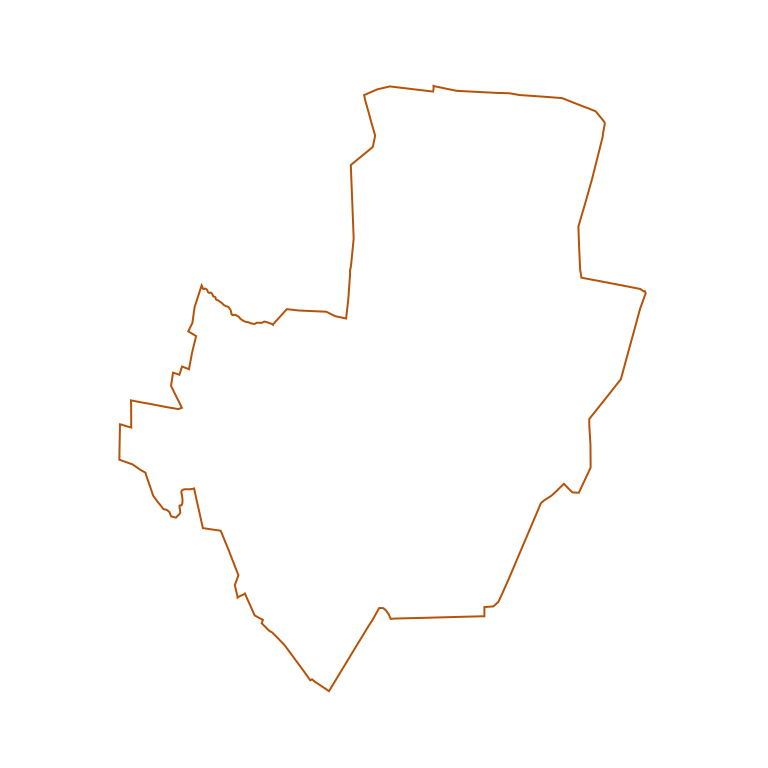 Preiļi, Preilu, Latvia, rotated 79°
{"feature_id": "27541924B35723190780065", "entity_name": "Preiļi", "entity_type": "district", "adm_level": 2, "iso_a3": "LVA", "parent_name": "Latvia", "parent_adm1": "Preilu", "projection": "natural_earth1", "projection_center": [26.72, 56.291], "detail": "fine", "context": "isolated", "style": "outline", "palette": "amber", "viewbox_px": 768, "rotation_deg": 79, "n_neighbors": 0, "source": "geoboundaries", "source_scale": "gbopen_adm2", "svg_char_len": 4146}
<svg xmlns="http://www.w3.org/2000/svg" viewBox="0 0 768 768"><g transform="rotate(79 384 384)"><path d="M342.6,110.3L342.7,111.3L339.6,114.3L334.5,126.9L317.3,169.9L308.8,169.6L284.0,165.9L278.2,165.0L277.0,164.8L266.7,163.2L243.8,151.4L221.8,140.3L182.5,121.9L180.9,121.6L171.2,117.8L170.7,117.7L170.4,117.6L170.2,117.6L169.6,117.6L169.1,117.7L168.8,117.7L168.3,117.9L168.0,118.1L159.7,122.6L157.8,123.6L157.0,124.1L156.7,124.3L156.5,124.5L156.4,124.6L156.3,124.8L156.2,124.9L156.1,125.1L151.7,131.9L149.8,135.2L148.1,137.7L147.9,138.1L147.6,138.6L146.5,140.3L143.9,144.4L140.2,150.2L139.5,151.2L139.2,151.7L137.7,154.2L137.5,154.4L137.4,154.5L133.1,170.0L126.2,195.8L122.7,204.9L122.1,207.3L119.7,218.0L111.2,252.3L110.1,256.7L101.4,277.5L100.8,278.5L104.1,279.1L106.3,280.1L93.0,321.5L93.5,334.5L96.6,348.4L102.0,348.3L102.4,348.3L109.2,347.7L115.0,347.2L122.9,346.7L138.3,345.3L140.1,346.0L142.0,346.7L149.2,349.8L162.7,374.8L235.4,386.0L253.5,391.4L261.3,393.7L265.1,395.2L265.5,395.6L266.1,395.7L269.2,396.2L275.1,397.8L280.3,399.2L286.6,400.9L288.6,401.4L294.0,402.9L295.4,403.3L297.3,403.9L305.5,406.5L312.5,408.7L312.4,409.0L308.2,418.7L308.1,418.9L302.0,427.0L295.6,453.6L292.0,465.1L303.9,481.0L304.0,481.2L304.7,481.6L304.3,482.0L303.3,483.1L302.3,485.1L301.5,486.2L300.6,487.8L300.1,489.1L299.9,489.7L300.4,491.1L300.6,492.3L300.3,493.7L299.8,496.1L299.6,497.4L300.1,498.7L300.3,499.3L300.3,499.8L300.1,500.5L298.7,503.7L297.9,504.7L297.2,506.1L296.7,507.7L295.4,509.7L293.9,511.3L292.8,512.4L291.6,513.0L289.8,514.3L288.3,515.9L287.7,517.1L287.6,518.2L287.5,518.6L287.5,519.3L287.2,519.8L286.7,520.1L286.5,520.4L285.5,520.2L284.8,520.4L283.1,520.3L281.4,520.7L281.3,520.8L280.0,521.4L278.9,521.9L278.2,522.6L277.6,524.1L276.2,525.8L275.7,526.4L273.9,527.4L272.6,528.7L272.0,529.2L271.1,530.1L270.0,531.1L269.4,532.3L268.8,532.9L266.8,532.9L266.1,533.5L265.8,534.3L265.4,534.9L262.5,535.5L261.3,536.4L261.1,537.2L261.3,538.1L260.7,538.7L260.1,539.3L258.9,539.5L257.9,539.7L256.8,540.5L256.2,541.3L256.1,542.0L256.4,542.8L256.2,543.3L255.7,543.7L255.1,543.8L253.7,543.8L252.4,544.2L272.5,555.3L287.4,560.4L295.0,566.1L301.1,559.3L317.0,566.6L332.3,572.6L328.3,578.9L335.9,583.1L332.6,588.9L345.2,593.4L357.0,590.2L368.8,586.9L369.4,590.6L364.9,602.6L362.5,608.5L360.2,614.2L358.0,619.8L355.2,627.1L352.8,633.0L351.8,635.5L357.3,636.4L377.3,640.2L378.5,640.4L376.8,643.8L373.6,649.8L373.2,650.9L375.3,651.3L401.4,656.9L403.9,657.4L407.9,658.2L414.9,646.2L421.7,639.6L425.1,635.6L425.7,635.0L427.3,635.0L438.6,633.4L449.6,631.9L455.7,629.1L456.1,628.9L460.6,626.4L464.7,624.4L465.5,622.7L466.0,621.4L467.3,620.2L468.9,619.0L472.3,618.4L473.3,618.2L473.6,617.7L474.0,616.9L475.5,613.7L474.8,612.8L473.0,610.1L471.9,608.9L471.6,608.6L470.8,608.4L466.2,608.2L464.5,608.0L464.2,607.5L464.2,606.9L464.5,606.3L464.2,605.7L462.8,604.8L460.3,604.1L458.0,603.7L454.5,603.6L451.4,603.6L450.5,603.2L449.7,602.3L449.3,600.7L449.4,598.9L449.5,598.5L450.1,595.7L450.3,594.1L450.4,592.2L450.3,590.3L451.2,590.3L462.8,590.1L474.9,589.7L475.9,589.7L490.9,589.3L495.3,576.8L496.9,572.3L517.4,568.2L544.0,563.4L552.9,568.8L563.9,568.4L565.7,568.5L565.5,568.1L565.2,567.3L565.0,566.8L564.8,566.2L564.7,565.8L564.6,565.3L564.5,564.8L564.3,564.1L564.2,563.3L564.0,562.8L564.0,562.5L563.8,562.1L563.6,561.6L563.1,560.5L565.9,559.9L586.5,555.1L589.5,551.5L592.4,547.9L595.5,549.7L604.2,543.9L606.6,541.1L621.2,531.5L640.8,522.2L646.4,519.5L649.4,518.1L660.8,512.9L660.2,511.0L663.4,508.3L675.0,496.6L637.1,462.2L617.3,444.1L613.5,440.3L603.0,431.5L603.9,427.4L606.8,425.2L610.7,423.4L615.9,422.2L616.2,418.8L621.1,389.8L628.1,347.7L630.8,331.7L631.2,329.8L622.1,328.0L623.2,319.1L619.7,313.3L613.1,308.5L612.4,308.0L600.0,299.3L561.9,273.6L539.1,258.2L530.8,252.6L528.8,249.0L525.6,241.0L522.8,236.3L516.6,227.0L516.3,226.5L523.2,221.9L526.4,219.7L527.9,213.5L508.1,199.0L505.4,197.1L482.9,192.9L464.6,190.5L457.5,189.2L443.5,172.7L439.2,167.7L434.6,162.3L430.6,157.7L424.6,150.7L422.9,149.8L412.4,144.6L405.8,141.4L397.6,137.3L383.2,130.2L378.6,127.9L361.5,119.5L358.9,118.2L344.9,109.8L342.6,110.3Z" fill="none" stroke="#b45309" stroke-width="2"/></g></svg>